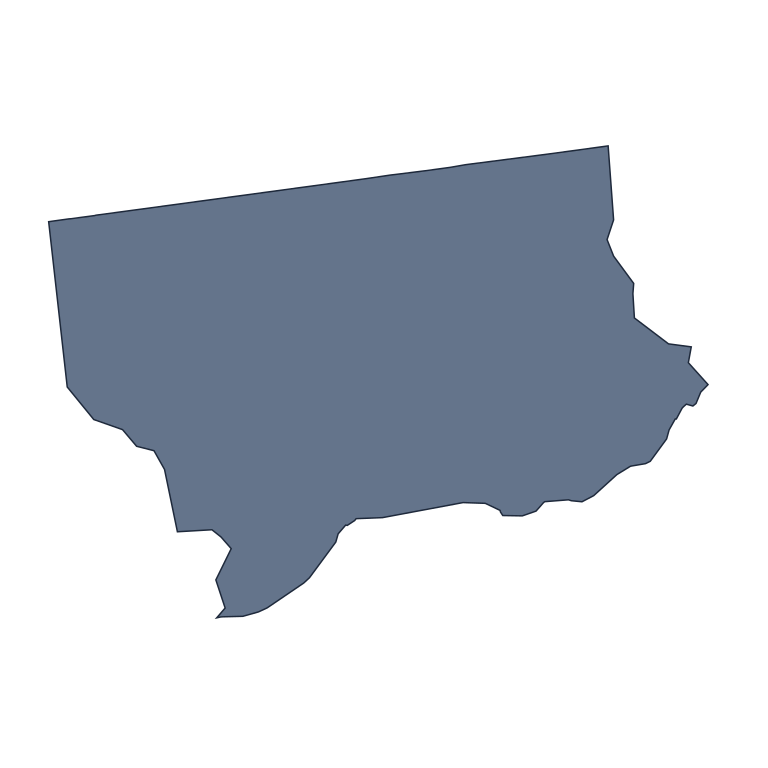 Kent, Delaware, United States of America, rotated 86°
{"feature_id": "52423323B47097694246075", "entity_name": "Kent", "entity_type": "district", "adm_level": 2, "iso_a3": "USA", "parent_name": "United States of America", "parent_adm1": "Delaware", "projection": "robinson", "projection_center": [-75.51, 39.098], "detail": "fine", "context": "isolated", "style": "filled", "palette": "slate", "viewbox_px": 768, "rotation_deg": 86, "n_neighbors": 0, "source": "geoboundaries", "source_scale": "gbopen_adm2", "svg_char_len": 1224}
<svg xmlns="http://www.w3.org/2000/svg" viewBox="0 0 768 768"><g transform="rotate(86 384 384)"><path d="M162.1,143.8L166.1,204.9L170.9,287.2L172.5,302.8L174.2,328.8L174.2,329.1L175.7,356.5L176.0,363.0L177.9,387.5L179.5,412.0L193.5,628.0L195.5,659.5L195.8,660.9L197.3,685.4L197.3,686.8L198.4,703.1L198.7,706.9L198.7,707.2L364.9,700.2L399.2,676.0L411.3,648.0L428.9,635.1L434.5,618.1L453.9,608.9L517.0,600.4L517.4,565.8L525.2,557.3L537.6,547.9L567.7,565.4L596.4,558.1L605.6,567.2L605.0,563.1L605.0,561.0L605.9,541.0L602.6,525.1L599.2,516.2L576.9,477.9L572.1,471.9L538.3,443.1L530.3,440.2L522.1,432.1L522.5,430.5L518.1,422.7L517.4,422.1L516.4,421.2L517.2,394.8L507.8,313.4L508.2,309.7L510.1,291.3L518.2,277.0L519.7,276.8L523.5,274.7L525.2,255.2L521.4,241.2L513.6,233.3L512.8,232.2L512.6,231.9L512.4,208.0L513.5,205.3L515.3,194.7L510.0,182.6L490.6,158.0L483.3,144.0L483.1,142.9L481.7,128.7L479.7,123.8L458.5,105.9L449.7,102.8L439.2,95.9L439.3,94.8L428.9,88.3L427.6,86.9L426.2,85.1L425.2,83.8L427.5,77.4L425.2,74.1L414.2,68.6L407.7,61.3L407.2,60.8L384.0,78.9L368.4,74.9L363.8,97.4L335.6,129.6L311.3,129.4L301.1,127.9L272.5,146.0L255.5,151.4L236.3,143.5L162.1,143.8Z" fill="#64748b" stroke="#1e293b" stroke-width="1.5"/></g></svg>